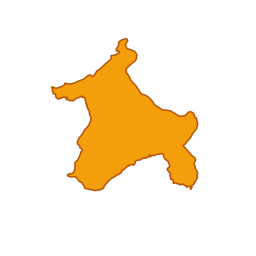 Contratación, Santander, Colombia, rotated 213°
{"feature_id": "7082276B96001848010118", "entity_name": "Contratación", "entity_type": "district", "adm_level": 2, "iso_a3": "COL", "parent_name": "Colombia", "parent_adm1": "Santander", "projection": "robinson", "projection_center": [-73.502, 6.304], "detail": "fine", "context": "isolated", "style": "filled", "palette": "amber", "viewbox_px": 256, "rotation_deg": 213, "n_neighbors": 0, "source": "geoboundaries", "source_scale": "gbopen_adm2", "svg_char_len": 5892}
<svg xmlns="http://www.w3.org/2000/svg" viewBox="0 0 256 256"><g transform="rotate(213 128 128)"><path d="M152.8,55.1L152.0,55.1L149.9,55.5L146.4,57.9L145.6,58.2L144.5,58.3L142.6,57.8L140.7,56.9L139.9,56.7L139.2,56.7L138.5,57.0L137.8,56.8L137.0,57.0L136.6,57.0L135.2,56.1L134.0,55.9L133.4,55.6L131.7,54.1L130.9,54.0L130.2,54.3L127.2,55.2L126.1,56.1L123.6,56.7L123.1,56.8L122.8,57.2L121.8,57.5L120.6,58.4L119.6,59.7L119.1,60.0L118.6,60.0L118.1,60.4L117.8,61.1L117.2,61.7L116.4,63.0L116.0,63.9L115.9,64.9L116.2,65.2L116.3,66.0L116.1,67.5L116.2,68.0L115.9,69.4L115.6,69.9L115.7,70.4L115.6,71.8L115.1,73.9L115.1,74.7L114.8,75.9L114.4,76.7L113.8,77.7L113.1,79.2L112.7,79.9L111.9,81.9L109.4,86.4L109.3,86.8L109.8,89.2L109.6,89.8L108.5,91.3L108.4,92.5L107.7,95.1L106.7,96.6L106.3,97.9L105.9,98.6L104.9,99.5L103.4,99.9L103.1,100.1L102.8,100.5L102.8,101.1L102.9,102.0L103.5,103.7L103.4,104.9L102.7,105.9L100.3,108.0L99.9,108.7L99.1,110.8L98.4,111.2L98.1,111.2L97.6,111.9L96.7,112.5L95.8,113.5L95.4,114.2L95.0,117.4L94.9,117.4L94.7,116.9L94.6,116.4L94.2,116.1L93.8,116.0L93.5,116.1L93.2,117.2L92.7,118.1L92.3,118.4L92.1,119.0L91.7,119.1L91.0,119.0L90.6,119.4L89.7,121.4L89.1,122.0L86.5,123.9L86.1,124.5L85.6,124.9L85.0,125.1L84.1,124.8L83.6,124.8L82.8,123.5L81.4,122.9L80.4,122.1L79.1,122.5L78.7,122.3L78.4,121.8L76.5,122.0L75.9,121.8L75.1,120.9L74.5,120.7L73.6,119.8L72.8,119.5L72.4,119.2L72.4,118.4L72.1,118.0L72.1,117.6L72.1,117.1L72.8,116.2L72.8,115.9L72.4,114.5L72.2,114.1L70.6,114.0L69.2,113.2L68.6,113.3L67.8,113.0L67.3,112.7L67.3,111.3L65.1,109.5L64.4,108.4L64.1,108.2L63.2,109.0L62.5,109.0L60.8,108.0L60.5,107.6L60.4,106.9L60.0,106.4L59.5,106.5L57.9,108.2L56.8,107.9L55.0,108.7L54.4,108.9L54.0,108.6L53.6,108.5L53.2,108.9L53.0,109.4L51.1,110.8L50.6,110.9L49.5,110.5L48.1,111.2L47.7,111.2L46.9,110.2L46.4,110.5L46.3,111.2L45.9,112.1L44.8,112.7L44.2,112.9L43.0,111.5L42.0,110.9L41.8,111.3L42.0,111.7L42.4,112.1L42.1,112.6L42.0,113.0L42.9,114.3L43.1,114.9L42.2,116.6L42.3,117.5L42.7,118.0L42.7,118.5L42.3,118.9L42.3,119.1L42.6,121.5L42.7,124.2L42.9,124.6L43.4,124.7L43.9,125.3L44.2,126.1L44.6,126.5L45.1,128.1L45.6,128.6L47.0,129.4L47.8,130.0L49.4,130.7L49.8,131.1L51.0,132.7L52.2,133.4L52.8,133.8L53.4,134.5L53.6,135.2L53.5,137.3L54.1,138.3L55.0,138.9L56.4,139.5L59.5,139.6L60.6,139.8L61.6,140.3L63.9,141.0L67.5,141.9L68.5,142.2L69.4,142.6L70.5,142.8L72.1,143.0L72.2,143.6L71.6,144.8L71.2,146.1L71.1,147.0L71.4,148.7L70.8,149.8L70.5,151.9L70.3,156.0L70.7,157.1L70.8,159.3L70.5,160.1L70.4,160.9L70.5,161.9L70.4,162.8L70.1,163.5L70.1,164.9L70.5,165.6L71.4,168.5L71.8,169.4L72.2,170.0L74.4,171.9L75.0,172.7L75.9,173.4L76.9,173.7L78.0,173.7L78.7,174.0L79.4,175.1L80.2,175.6L81.1,175.8L82.1,176.1L83.0,176.0L84.7,175.6L85.3,175.0L85.9,174.1L86.0,173.1L86.4,171.9L86.5,171.0L86.8,169.6L87.4,168.8L90.3,166.5L91.4,165.9L101.5,165.5L103.5,164.8L106.9,163.1L108.6,162.1L109.8,161.8L111.5,162.0L113.1,162.1L117.1,161.8L118.2,162.0L123.6,164.2L128.8,165.1L130.8,165.0L132.7,164.6L135.2,163.8L136.0,164.0L142.9,167.2L144.7,167.8L147.0,168.3L152.0,169.8L153.9,171.0L154.3,171.4L154.9,171.8L155.4,171.9L158.4,173.4L158.9,173.4L159.4,173.2L159.7,173.2L160.0,173.9L160.1,174.7L161.4,175.6L161.8,176.1L160.9,180.7L160.3,182.6L160.0,183.9L158.4,188.6L158.7,190.6L159.2,191.8L159.6,192.5L159.9,192.8L160.2,194.1L161.4,194.6L162.2,195.2L162.9,195.5L164.3,195.8L167.7,195.2L168.4,195.0L169.4,194.9L170.4,194.3L172.2,194.3L174.5,195.5L175.5,196.5L175.6,197.3L175.8,199.2L175.7,201.0L176.6,201.6L178.0,202.0L180.9,199.1L182.5,195.6L182.5,194.7L181.3,192.9L180.9,191.8L180.8,190.6L180.9,189.8L181.0,188.6L180.7,187.5L180.1,186.5L179.5,186.4L178.8,186.7L178.4,187.3L177.6,187.5L176.7,187.4L176.4,187.1L176.3,186.6L178.4,182.5L179.3,181.4L181.1,180.1L181.5,179.4L181.4,178.9L180.2,177.8L180.0,177.0L180.0,175.5L180.5,174.3L180.9,172.5L181.8,170.0L183.1,164.2L184.0,162.0L184.3,160.4L185.1,159.0L185.2,157.9L185.0,154.7L185.1,153.4L185.6,152.1L186.5,151.8L187.7,152.1L188.8,151.9L189.9,150.4L190.7,148.9L191.3,146.3L191.7,145.1L193.4,142.5L194.4,141.3L195.8,139.4L197.2,136.8L197.8,136.0L198.6,135.5L200.1,133.6L202.5,132.1L204.9,131.6L205.2,131.2L204.9,129.2L205.2,128.2L205.7,127.1L207.3,125.5L207.9,124.5L209.8,122.2L210.8,121.8L212.0,121.8L213.8,121.2L214.2,120.7L213.8,120.6L213.3,119.8L212.4,119.6L212.1,119.3L211.7,118.0L210.8,117.8L210.4,117.4L210.1,116.7L209.6,116.2L208.7,116.3L208.1,116.6L207.3,116.8L206.8,116.5L206.3,115.4L206.0,115.4L205.4,115.1L205.3,114.6L204.7,114.4L204.0,114.5L203.1,114.1L202.8,114.2L202.4,114.6L201.9,114.6L201.6,115.0L201.4,115.5L201.1,115.9L200.7,116.0L200.3,116.4L199.5,118.3L198.9,119.0L198.2,119.3L197.5,119.2L196.8,119.5L195.7,120.5L195.4,120.2L195.4,118.5L195.2,118.2L193.2,119.2L191.2,119.3L190.8,120.0L190.2,120.4L189.4,120.6L188.9,120.9L188.2,122.4L187.9,123.2L187.9,123.7L187.0,125.5L186.7,126.0L185.4,127.0L184.9,128.7L184.5,129.3L183.9,129.3L183.4,128.9L182.9,128.8L182.6,129.2L181.2,129.9L180.5,129.8L180.0,129.3L179.7,128.7L179.3,128.2L178.8,128.1L178.3,127.4L177.3,127.0L176.6,125.4L175.4,125.4L174.8,123.9L174.3,124.0L173.8,123.8L173.2,122.8L172.3,122.7L171.6,121.8L170.5,121.9L169.8,120.9L168.9,120.1L168.3,119.1L167.4,118.5L167.1,118.0L165.6,117.4L165.3,116.9L164.8,116.6L164.3,116.1L163.9,115.6L163.8,114.3L163.1,113.3L163.1,112.1L162.9,110.9L162.3,110.0L162.8,106.1L162.8,105.3L162.9,104.5L163.3,103.3L163.3,102.0L163.4,101.7L163.3,100.5L162.9,99.0L163.2,96.8L163.3,94.8L163.6,93.2L163.6,92.4L163.2,90.2L162.6,88.2L161.8,87.2L161.3,86.9L160.4,86.8L159.1,86.8L158.5,86.7L158.2,86.2L158.1,85.7L157.6,85.3L155.8,85.2L154.4,84.9L154.2,84.2L154.2,83.6L154.2,83.0L154.4,82.4L154.4,81.8L153.8,80.2L153.5,79.0L153.3,77.9L153.3,76.8L152.7,74.9L152.8,73.7L153.5,71.0L153.6,70.1L153.4,69.4L152.1,67.8L150.1,64.7L149.9,63.9L149.6,61.4L149.7,60.6L150.6,58.8L151.3,58.3L151.9,58.2L152.2,57.1L153.3,56.0L152.8,55.1Z" fill="#f59e0b" stroke="#b45309" stroke-width="1.5"/></g></svg>